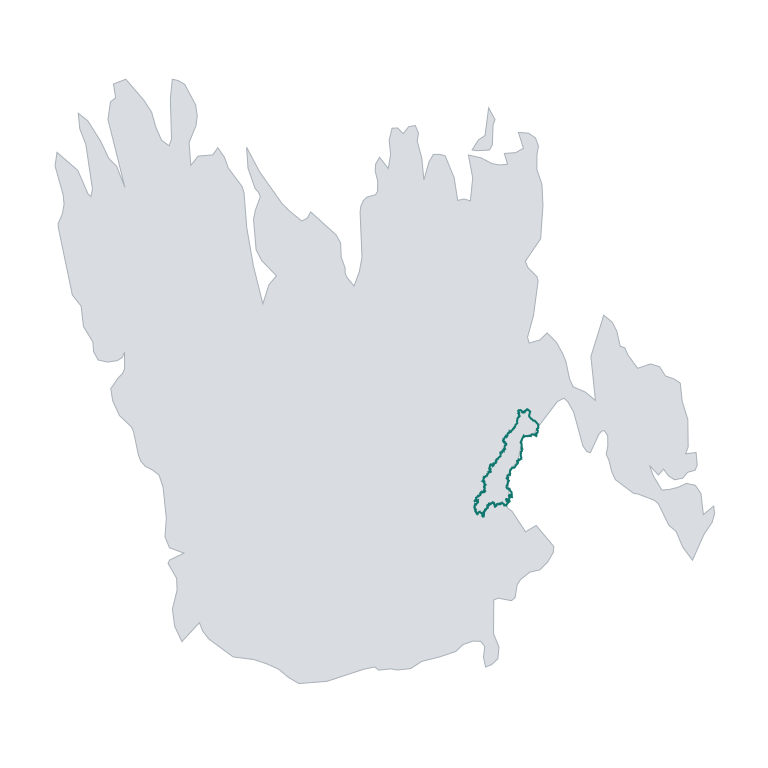 Cavan - Belturbet Lea-6, Cavan, Ireland (highlighted), rotated 91°
{"feature_id": "5873133B49845781008100", "entity_name": "Cavan - Belturbet Lea-6", "entity_type": "district", "adm_level": 2, "iso_a3": "IRL", "parent_name": "Ireland", "parent_adm1": "Cavan", "projection": "equal_earth", "projection_center": [-7.632, 54.119], "detail": "fine", "context": "in_parent", "style": "outline", "palette": "teal", "viewbox_px": 768, "rotation_deg": 91, "n_neighbors": 0, "source": "geoboundaries", "source_scale": "gbopen_adm2", "svg_char_len": 9723}
<svg xmlns="http://www.w3.org/2000/svg" viewBox="0 0 768 768"><g transform="rotate(91 384 384)"><path d="M520.2,96.8L498.9,107.6L495.6,111.6L489.6,128.0L488.9,132.7L475.6,151.0L468.0,154.7L456.7,157.7L450.3,160.6L442.2,159.1L432.0,159.4L426.9,162.7L427.1,165.2L430.2,168.1L449.1,176.5L448.0,180.0L442.6,184.0L408.7,193.9L398.6,199.9L395.0,203.8L398.6,210.4L425.7,230.3L430.3,232.4L434.3,244.0L458.2,248.8L468.0,256.1L476.4,257.8L494.8,257.2L502.2,259.9L506.3,257.8L508.7,254.0L529.3,239.9L522.8,229.4L543.5,211.4L549.2,211.7L558.9,217.1L567.0,224.8L569.6,235.0L577.2,244.1L582.1,247.3L595.3,249.2L598.4,252.8L596.1,266.1L598.1,270.5L631.8,270.1L645.2,264.4L656.8,265.4L662.6,271.4L665.2,277.5L655.2,279.8L644.8,278.6L639.7,282.6L639.4,290.4L643.1,300.4L650.1,307.5L655.9,323.6L660.7,341.5L668.1,352.3L669.7,365.7L668.7,372.3L670.2,384.2L667.1,388.4L669.6,399.5L682.2,435.6L685.0,463.8L679.0,474.4L671.0,484.4L665.8,496.4L661.8,509.3L659.5,530.1L642.1,554.6L634.6,560.7L625.9,564.4L645.1,581.6L629.6,589.2L612.6,591.6L593.7,587.3L582.0,587.9L567.1,596.8L563.7,595.2L556.6,581.1L551.5,595.6L540.6,600.3L522.0,599.3L491.0,603.1L479.0,607.3L474.1,613.8L470.4,621.3L465.5,625.7L460.0,628.1L436.0,633.6L431.3,635.8L420.1,648.0L405.5,655.0L393.4,657.1L382.7,650.0L378.3,645.8L373.3,643.6L356.8,644.0L362.0,646.2L365.3,651.1L366.9,660.7L365.0,670.1L356.8,674.9L347.1,675.8L331.7,685.5L311.4,688.2L300.4,697.2L233.1,712.4L229.3,712.6L220.0,708.7L210.0,707.0L200.0,708.2L171.7,716.7L158.1,715.0L175.8,693.9L199.2,683.2L201.7,680.3L194.1,678.9L149.7,686.3L134.2,692.6L118.7,694.4L126.0,684.8L146.1,671.6L163.4,663.0L170.9,655.2L191.9,646.5L124.3,664.6L106.6,662.4L102.6,657.3L88.8,659.7L83.8,647.5L104.5,629.0L116.5,621.0L130.7,616.8L144.3,610.6L149.5,603.1L143.1,600.7L102.5,602.6L83.0,601.0L84.2,595.1L87.9,588.5L108.2,577.2L119.2,575.4L128.9,576.5L146.0,583.1L168.8,581.0L159.4,573.8L157.9,559.2L150.7,554.3L160.1,547.5L170.9,543.4L188.8,529.5L195.2,527.3L230.4,523.9L268.4,516.6L306.0,506.5L286.8,500.8L277.7,493.4L262.7,508.5L252.0,514.2L221.8,517.3L212.3,515.6L198.9,510.9L194.7,512.7L190.8,516.3L170.7,523.7L149.7,525.5L174.3,511.9L205.5,489.0L212.5,481.7L222.5,469.1L219.5,463.5L213.2,460.3L235.8,434.5L243.8,429.8L258.1,429.0L268.6,424.9L273.2,424.9L277.4,423.4L286.6,415.7L272.5,410.7L257.9,408.2L212.6,410.9L206.7,410.3L201.1,407.9L197.5,404.5L194.9,395.8L191.6,393.8L181.4,393.8L171.3,396.5L164.3,396.2L157.4,392.4L168.5,383.5L154.4,381.4L140.0,383.1L128.1,380.4L127.8,374.8L133.4,369.2L126.4,363.9L125.0,357.2L132.6,353.9L140.8,355.0L157.7,350.1L179.3,347.7L160.9,342.8L153.6,338.6L153.4,332.2L154.9,326.8L176.4,317.5L199.2,313.5L197.6,307.4L199.3,300.8L176.4,298.9L153.6,303.6L156.2,291.0L161.8,279.7L163.0,272.2L162.1,264.3L151.4,267.7L150.4,256.4L145.9,248.7L130.1,254.0L130.7,243.9L135.4,236.8L143.6,233.7L151.8,235.1L166.9,234.9L181.5,229.6L202.6,228.2L236.0,229.9L258.9,244.9L264.9,242.3L274.2,232.8L278.5,231.7L313.2,235.8L334.7,241.3L340.5,239.6L337.4,229.1L330.1,221.8L339.5,212.2L350.8,205.7L358.4,202.5L375.9,198.5L383.5,194.8L388.6,182.5L396.7,172.3L352.9,177.6L311.4,165.5L318.1,157.0L326.9,152.2L342.1,148.5L343.5,144.0L351.2,140.3L363.9,130.6L359.3,118.0L361.9,108.8L371.0,102.8L373.9,94.1L378.0,87.8L396.4,85.5L414.2,79.6L441.5,78.8L448.6,81.2L447.0,70.8L459.8,69.4L464.8,71.5L467.0,78.9L472.9,83.6L474.7,91.8L470.8,98.1L464.2,103.0L470.2,108.0L460.9,117.0L471.0,113.2L485.2,104.3L484.5,97.1L482.1,88.0L478.1,79.9L479.9,70.9L487.9,65.2L509.0,62.4L500.3,52.2L508.0,51.3L516.3,53.4L528.7,61.4L554.8,72.5L542.0,82.4L526.4,89.3L520.2,96.8ZM149.1,295.2L148.4,300.0L138.4,293.9L133.7,287.3L106.1,284.2L117.7,277.6L123.3,279.5L142.8,279.8L148.2,282.6L149.1,295.2Z" fill="#d9dde1" stroke="#a8b0b8" stroke-width="1"/><path d="M503.2,260.5L503.4,259.7L502.6,259.4L501.1,258.2L500.2,258.3L499.5,258.6L498.8,259.4L497.9,259.6L497.4,260.0L497.1,260.0L496.9,259.6L496.9,259.2L497.2,258.8L498.5,257.6L499.8,257.0L499.7,256.8L499.4,256.4L498.3,256.5L497.4,257.3L496.9,257.2L495.9,256.5L493.3,257.2L492.7,256.5L494.4,255.3L494.9,254.5L494.9,254.1L493.6,254.3L492.4,254.2L491.8,254.7L490.3,254.4L489.0,255.4L488.8,255.9L486.8,256.6L487.1,257.2L487.0,257.6L486.3,257.8L486.2,258.4L486.3,259.0L485.3,259.7L484.5,259.5L483.6,259.6L483.1,259.1L482.1,259.0L481.2,258.4L479.8,258.5L479.5,258.3L479.3,257.8L478.6,257.4L478.2,257.9L477.4,258.3L477.6,258.6L477.4,258.9L476.1,258.5L476.2,258.9L476.4,259.0L476.0,259.7L474.5,258.8L473.5,259.0L473.4,258.3L473.1,257.9L472.3,257.8L472.2,257.1L472.5,256.5L472.3,256.5L471.7,256.5L471.2,256.3L470.0,256.7L467.5,256.1L467.6,255.8L467.3,255.4L465.4,254.5L465.5,253.2L465.3,253.2L465.4,252.4L465.1,252.0L465.0,251.8L462.7,250.6L462.7,250.4L461.6,249.6L461.3,249.0L460.1,248.6L459.1,249.7L458.5,249.6L458.3,248.8L458.1,248.7L458.1,247.8L457.8,247.6L457.3,247.7L457.5,247.1L456.9,246.7L457.0,246.5L456.9,245.9L457.1,245.4L457.4,245.4L456.8,245.4L456.4,245.9L455.0,245.3L453.9,246.0L453.4,245.9L452.2,246.0L451.1,245.8L450.0,246.0L449.2,245.8L448.7,245.0L447.9,244.9L446.8,245.3L446.0,245.3L446.0,245.0L445.5,245.4L445.1,245.1L444.4,245.1L444.1,245.3L441.2,245.4L440.2,246.4L436.4,244.9L433.3,243.4L434.2,242.7L433.8,242.2L433.6,241.6L433.7,239.3L433.3,237.7L433.4,237.4L433.3,237.2L433.5,236.4L432.9,236.4L432.7,236.0L431.9,235.4L432.0,235.1L431.9,234.8L431.9,234.1L432.1,233.5L431.8,233.1L432.0,232.5L432.2,232.4L432.1,231.7L433.0,231.6L433.3,230.8L431.6,230.6L430.8,231.1L430.3,230.5L430.4,230.2L429.8,229.6L427.9,229.4L427.4,230.2L426.6,230.4L426.1,230.2L425.6,229.1L424.6,228.9L424.0,229.1L421.8,229.0L420.4,230.6L419.3,231.3L419.0,231.9L418.3,232.3L418.0,233.0L418.1,234.1L416.5,235.5L416.5,235.9L415.7,236.8L414.8,237.4L414.1,238.2L413.2,238.4L409.0,237.4L407.9,238.7L407.8,239.1L407.2,239.4L407.1,240.0L406.8,240.2L406.7,240.5L407.9,241.3L407.9,241.8L408.3,242.1L408.2,242.3L408.5,242.8L409.3,242.8L409.2,243.0L409.6,243.3L409.5,243.7L410.0,243.9L409.8,244.2L410.0,244.1L410.1,244.4L410.0,245.1L409.7,245.5L409.2,245.8L408.4,246.0L407.7,247.0L407.7,247.4L408.4,247.6L408.2,247.6L408.0,248.0L408.1,248.5L408.0,248.8L408.5,248.9L408.4,249.2L408.8,249.4L409.8,249.0L409.7,248.7L410.2,248.5L410.5,248.7L410.6,248.4L410.4,248.3L410.6,248.2L411.2,248.5L411.3,248.9L411.6,248.6L412.7,248.6L412.8,248.1L413.8,247.9L413.9,248.2L414.5,248.4L414.6,249.0L415.7,249.5L415.8,249.8L416.1,250.0L417.9,250.1L418.8,250.4L419.7,250.2L420.9,250.1L422.2,251.5L422.8,251.9L424.5,252.2L424.9,253.0L425.9,253.1L426.4,254.2L427.4,254.4L428.0,255.4L429.7,256.4L429.0,257.5L429.7,257.5L430.6,258.1L430.4,258.5L430.5,258.8L431.5,259.5L432.0,259.4L433.4,259.7L434.6,260.3L434.8,260.5L433.7,261.2L435.3,262.3L437.7,263.4L437.4,263.7L438.7,264.1L439.9,263.4L440.1,263.2L439.6,263.0L439.5,262.5L439.8,262.2L441.0,261.7L441.1,261.2L441.7,260.7L442.4,260.7L442.5,261.2L443.0,261.3L443.3,262.1L443.7,262.2L445.7,262.3L446.7,261.8L446.9,262.3L447.6,262.4L447.8,262.7L447.5,263.1L448.4,263.1L448.2,263.3L448.4,264.3L449.2,264.6L450.0,264.4L450.3,264.6L450.2,264.8L450.4,265.4L450.3,266.4L451.1,266.5L451.9,266.1L453.5,266.3L454.1,266.2L455.0,267.1L455.5,268.2L457.0,268.9L457.2,269.6L457.1,269.9L457.3,270.2L457.7,270.4L458.5,270.3L458.6,270.7L459.1,271.0L459.9,270.4L460.3,270.9L461.0,270.9L461.5,272.2L461.4,273.2L462.2,273.6L462.9,272.8L463.7,273.2L464.1,273.8L463.8,273.8L463.4,274.3L462.9,274.4L462.6,274.8L462.5,275.7L463.1,275.7L463.4,276.6L464.0,276.5L466.3,277.3L467.2,277.2L467.3,276.8L467.0,276.1L467.4,275.9L467.8,276.2L468.8,276.5L469.2,277.0L469.2,276.6L469.6,275.7L469.9,275.6L470.2,275.9L470.1,276.3L470.3,277.4L470.9,277.9L471.7,278.2L471.7,278.7L472.0,279.1L473.8,279.3L473.8,279.8L474.1,280.4L474.8,281.0L475.0,281.0L474.9,282.2L475.4,282.7L475.8,282.3L476.5,282.3L477.1,282.8L478.1,283.1L478.8,282.6L479.3,283.5L479.7,282.2L480.5,282.7L481.0,282.2L480.9,281.9L482.7,281.8L482.6,280.9L482.9,280.6L483.5,280.8L484.0,281.9L485.0,282.3L485.6,282.2L485.8,281.5L487.1,281.4L487.5,281.6L487.9,282.1L488.7,282.0L489.1,282.3L489.3,282.0L489.1,281.2L489.3,280.9L489.6,281.0L490.4,281.9L490.2,282.4L490.4,282.7L490.1,283.1L490.7,283.6L490.9,284.4L490.0,284.6L490.1,284.8L490.5,285.0L491.6,286.0L492.7,285.5L493.4,285.8L493.9,286.7L493.8,286.9L494.7,287.4L494.8,287.8L494.4,288.3L495.4,288.8L496.1,290.0L497.3,289.7L497.8,290.1L498.2,290.1L498.5,290.8L499.4,291.4L499.6,291.3L499.2,290.5L498.5,289.8L499.1,289.2L498.8,288.9L498.5,288.0L499.1,288.1L499.7,288.5L499.8,288.1L500.2,287.9L500.7,287.9L501.4,289.0L502.5,289.6L502.4,290.5L502.7,290.4L503.0,290.7L503.5,290.3L504.1,290.9L504.1,291.2L504.9,291.2L505.2,291.5L505.6,291.6L506.1,291.1L507.7,291.0L508.0,290.5L507.9,290.0L508.5,290.0L508.9,290.5L509.4,290.5L509.4,290.0L510.3,289.9L510.3,289.7L510.6,289.4L511.8,289.2L512.0,288.8L512.6,288.5L512.6,288.2L511.9,288.1L510.9,287.5L510.2,286.7L510.0,286.0L510.6,285.9L510.6,285.7L511.0,285.3L511.0,285.0L511.2,284.7L511.2,284.0L511.8,284.0L512.1,283.7L512.2,283.3L511.7,282.9L512.4,283.2L513.7,283.0L513.9,283.2L514.0,282.7L514.8,282.7L514.8,282.1L514.1,281.9L511.5,281.7L510.3,282.1L509.8,281.2L509.2,280.9L508.9,281.2L508.4,280.7L507.9,280.8L507.9,280.5L507.5,280.2L507.6,279.6L506.3,279.1L505.9,278.0L504.7,278.1L504.5,278.6L504.2,278.7L503.8,278.6L504.3,278.1L503.4,276.9L502.7,277.1L502.6,277.3L501.7,277.0L501.7,276.7L502.7,276.6L502.7,276.2L502.3,275.8L502.2,275.3L501.7,275.3L501.4,275.0L501.5,274.6L501.3,274.0L500.3,273.4L500.5,272.8L501.1,272.4L501.0,271.9L501.2,271.7L502.5,271.7L502.9,271.5L503.0,271.1L504.3,271.2L504.8,270.8L503.4,269.2L502.2,269.1L501.7,268.0L502.0,267.2L502.3,266.9L501.4,266.0L502.1,265.6L502.0,265.3L500.7,264.0L501.3,263.7L501.4,262.9L501.6,262.8L501.9,262.1L503.2,261.7L503.1,261.2L503.3,260.9L503.1,260.6L503.2,260.5Z" fill="none" stroke="#0f766e" stroke-width="2"/></g></svg>